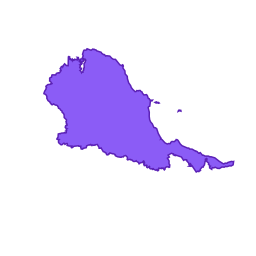 Douglas, Queensland, Australia (Robinson projection), rotated 323°
{"feature_id": "25037944B93362533996498", "entity_name": "Douglas", "entity_type": "district", "adm_level": 2, "iso_a3": "AUS", "parent_name": "Australia", "parent_adm1": "Queensland", "projection": "robinson", "projection_center": [145.346, -16.309], "detail": "fine", "context": "isolated", "style": "filled", "palette": "violet", "viewbox_px": 256, "rotation_deg": 323, "n_neighbors": 0, "source": "geoboundaries", "source_scale": "gbopen_adm2", "svg_char_len": 5833}
<svg xmlns="http://www.w3.org/2000/svg" viewBox="0 0 256 256"><g transform="rotate(323 128 128)"><path d="M192.2,218.3L191.6,218.1L190.5,216.9L187.0,215.6L185.8,215.7L184.4,214.5L183.2,214.4L182.6,214.0L180.8,209.4L179.4,204.1L176.9,200.8L176.2,200.5L175.3,198.8L172.6,196.8L171.9,195.1L171.1,194.5L170.9,191.1L169.9,190.9L169.7,191.1L169.2,190.7L169.0,188.4L168.2,187.6L168.4,187.2L167.7,186.4L166.5,183.5L164.5,181.8L164.5,180.6L163.5,179.9L160.5,174.7L160.1,172.2L160.5,168.0L160.2,166.9L159.5,166.2L158.8,166.6L156.7,166.7L155.0,165.2L153.4,165.2L152.5,165.9L151.9,165.7L151.1,164.8L150.0,164.6L149.5,164.0L148.6,162.2L148.2,157.8L147.9,156.8L148.1,156.3L147.6,156.3L148.1,155.9L148.9,150.5L150.5,145.9L150.1,144.4L149.0,143.2L149.9,139.3L149.7,136.9L150.2,134.6L152.0,131.4L154.5,128.2L156.4,123.8L157.2,123.4L158.5,123.7L161.9,120.2L163.0,120.3L163.5,120.8L164.3,120.5L163.4,120.0L162.3,118.6L162.6,117.3L162.0,116.6L162.9,113.9L162.9,112.5L160.6,111.2L160.5,108.7L160.9,107.8L160.3,106.5L160.4,105.5L159.3,104.6L158.6,104.6L157.6,103.4L156.4,103.7L155.5,103.2L155.0,99.9L155.0,97.6L155.6,95.7L155.7,92.4L157.2,88.3L158.5,86.3L158.3,83.0L159.9,80.5L160.0,77.4L160.7,76.2L161.5,75.8L161.9,74.8L161.6,74.2L160.7,74.7L159.5,72.6L159.3,65.6L157.7,64.4L157.0,62.5L156.7,59.6L154.5,57.5L153.4,57.0L153.4,55.2L152.8,54.9L152.0,52.8L152.1,51.3L149.5,47.6L149.4,46.3L148.7,45.7L148.4,44.8L147.7,44.5L147.5,43.8L145.3,43.7L143.0,40.1L142.4,40.2L142.1,40.7L140.7,40.2L139.9,39.4L138.9,39.7L136.0,41.8L135.7,43.4L133.9,44.4L133.9,46.2L133.2,45.3L132.0,44.5L131.0,44.7L130.6,46.0L130.7,47.6L132.4,47.8L132.9,47.0L133.6,47.4L134.1,47.1L134.2,45.5L134.6,46.8L135.3,47.4L135.1,48.4L133.0,49.8L132.0,50.0L131.3,50.6L129.3,53.6L128.4,53.5L127.7,54.9L127.2,54.8L127.0,55.2L126.1,55.5L125.6,56.3L124.6,55.7L124.2,55.9L124.5,54.1L124.2,53.1L125.9,53.0L126.7,52.2L125.8,51.1L125.9,50.5L127.1,49.9L127.5,49.3L127.5,48.5L128.9,49.1L128.9,48.6L130.1,48.6L129.3,47.4L129.8,46.8L129.1,45.6L130.0,44.7L129.8,43.8L130.4,42.9L130.3,42.1L130.7,41.8L130.0,41.1L130.0,42.2L129.1,42.2L129.0,42.9L128.3,43.1L128.3,42.4L126.9,41.6L127.1,41.4L126.9,41.0L125.6,41.4L125.2,41.2L125.5,40.6L125.2,40.2L124.5,40.6L124.9,39.7L124.1,39.9L124.2,39.6L123.7,39.3L123.9,39.1L123.3,38.4L123.8,38.2L123.5,37.7L123.1,37.7L123.4,37.4L123.2,37.1L124.2,36.2L123.8,35.3L123.2,35.3L117.7,42.2L116.4,41.1L116.0,38.6L114.2,39.1L112.7,39.9L112.9,39.2L112.2,39.0L111.3,39.0L110.3,39.7L109.9,39.6L109.5,39.8L109.6,40.2L109.1,41.9L108.3,41.5L108.0,42.2L107.1,42.6L105.9,42.6L105.7,42.0L103.7,41.3L102.2,42.1L99.4,39.9L99.0,40.0L97.5,41.4L96.0,40.9L94.9,41.6L94.6,42.4L93.7,43.2L94.1,44.6L94.0,46.8L92.8,46.5L92.7,46.2L92.1,46.3L90.2,45.1L87.8,45.2L87.5,45.3L87.3,46.6L86.7,46.7L85.9,47.6L83.7,48.4L81.7,49.7L81.5,50.0L82.4,51.6L82.4,53.2L81.9,54.5L81.1,55.3L80.6,57.9L81.3,60.4L81.0,60.8L81.2,62.5L81.0,62.9L81.2,63.6L81.8,64.0L83.0,63.9L83.8,66.0L84.8,66.9L85.1,68.2L84.8,68.7L85.0,69.4L84.4,70.4L85.1,71.6L85.0,73.3L85.5,74.8L84.8,75.9L85.2,77.2L85.0,78.9L83.3,81.3L83.8,84.4L82.8,85.6L82.3,85.6L82.1,86.5L81.6,86.9L81.7,88.0L81.1,89.0L80.6,88.6L80.2,89.0L79.5,88.7L78.3,89.6L78.2,90.3L78.8,91.8L78.1,91.6L77.4,93.1L76.5,92.9L76.6,93.7L75.9,94.6L74.8,94.1L74.6,93.4L73.9,93.4L71.5,91.9L70.4,91.8L70.0,91.3L68.7,90.8L66.6,93.2L64.9,93.7L64.5,94.2L66.0,95.7L65.1,95.8L65.0,96.4L64.0,97.3L63.8,98.5L64.4,101.1L65.1,101.6L67.4,101.5L67.9,101.9L67.8,103.1L69.3,103.3L70.1,103.8L69.7,104.8L68.9,105.3L70.2,107.0L72.2,108.6L71.1,109.1L71.0,109.7L71.9,110.2L73.7,110.0L77.8,112.4L77.7,112.9L79.3,114.2L78.7,114.7L78.0,116.6L79.1,117.6L79.8,117.2L82.8,118.6L84.2,117.4L86.1,117.8L87.1,118.2L87.3,118.8L88.3,118.7L88.6,120.3L89.3,120.1L90.2,121.2L90.9,121.3L91.2,121.9L92.0,121.8L93.6,122.7L93.1,126.5L92.8,126.8L94.0,127.7L94.5,127.7L94.0,132.0L95.0,133.3L94.9,133.9L95.4,134.5L94.9,136.5L95.8,137.4L97.1,137.0L97.6,137.5L98.6,137.0L100.1,139.3L100.6,139.4L101.7,141.3L101.7,142.0L101.2,142.3L101.5,143.2L102.5,144.9L104.9,147.3L105.9,147.4L106.9,148.3L108.0,147.9L109.6,148.6L109.9,151.0L109.4,151.9L108.5,152.4L108.5,153.2L110.5,154.1L111.2,154.8L111.1,155.3L111.9,155.8L111.9,156.9L112.5,158.3L113.9,159.1L114.8,159.1L114.8,159.9L115.6,161.8L115.3,163.3L117.2,163.3L118.6,164.2L120.3,163.7L120.7,163.8L120.5,165.2L119.9,165.0L119.3,165.8L119.5,166.5L118.6,166.7L118.4,167.9L120.5,168.9L120.6,169.2L119.6,170.0L119.4,170.7L119.6,171.4L122.0,171.6L121.9,172.1L121.1,172.4L121.2,173.8L121.5,174.3L122.8,175.0L122.6,175.7L123.7,175.8L123.6,176.3L124.7,178.3L126.1,178.6L126.1,179.0L125.7,179.4L125.8,179.9L126.4,180.2L127.2,180.0L127.7,179.0L128.5,178.6L129.3,179.7L130.7,180.2L130.6,180.8L131.9,181.0L131.8,183.3L132.7,183.2L133.8,182.1L135.8,182.3L136.5,183.2L137.0,183.3L137.0,184.1L137.6,184.3L139.2,182.6L139.2,181.3L141.0,179.0L141.3,175.8L143.5,176.1L143.7,173.8L147.4,174.3L148.7,176.0L148.1,176.5L148.9,177.6L148.6,177.8L149.3,178.6L149.7,178.2L153.2,183.3L152.9,187.3L154.4,187.5L155.7,188.7L155.5,189.4L155.1,189.4L155.4,192.8L154.8,193.4L154.9,194.0L156.4,194.1L156.2,195.3L153.7,195.1L155.3,196.6L156.4,196.7L156.0,204.2L157.5,204.4L158.3,205.4L158.8,205.1L159.3,205.5L160.4,205.4L160.3,204.9L161.0,204.4L163.7,203.8L164.6,204.5L165.5,203.8L166.8,203.5L169.4,201.1L169.9,201.2L171.0,199.5L172.4,199.6L172.5,200.2L170.7,202.0L171.3,204.6L170.4,205.4L170.7,206.5L170.3,207.2L170.8,208.0L169.9,208.0L169.2,209.0L170.0,211.4L170.9,210.6L171.8,210.6L172.5,211.5L174.0,211.8L175.2,214.1L176.7,215.4L179.5,215.7L181.5,217.3L182.9,217.4L183.7,218.4L186.5,219.4L187.5,220.4L189.8,220.7L192.2,218.3ZM165.0,123.8L165.5,125.0L166.8,125.6L167.1,126.5L167.9,126.8L167.8,126.0L167.0,125.6L166.4,124.2L165.0,123.8ZM180.4,146.4L180.8,145.7L180.2,145.1L179.9,145.7L180.4,146.4ZM178.1,144.9L178.8,145.0L179.0,144.5L178.5,144.6L178.1,144.9Z" fill="#8b5cf6" stroke="#5b21b6" stroke-width="1.5"/></g></svg>